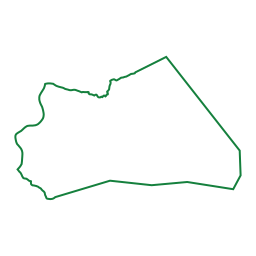 the district of Las Lajas, Comayagua, Honduras
{"feature_id": "27666195B78800320029736", "entity_name": "Las Lajas", "entity_type": "district", "adm_level": 2, "iso_a3": "HND", "parent_name": "Honduras", "parent_adm1": "Comayagua", "projection": "robinson", "projection_center": [-87.665, 14.899], "detail": "fine", "context": "isolated", "style": "outline", "palette": "green", "viewbox_px": 256, "rotation_deg": 0, "n_neighbors": 0, "source": "geoboundaries", "source_scale": "gbopen_adm2", "svg_char_len": 5123}
<svg xmlns="http://www.w3.org/2000/svg" viewBox="0 0 256 256"><path d="M45.2,83.9L45.0,84.6L44.8,85.7L44.5,86.7L44.3,87.2L44.2,87.6L43.9,88.3L43.5,89.0L43.0,89.8L41.7,91.9L41.1,92.8L40.7,93.5L40.2,94.5L39.9,95.0L39.7,95.5L39.5,96.0L39.4,96.7L39.3,97.2L39.3,97.5L39.3,98.0L39.3,98.3L39.3,98.9L39.3,99.6L39.4,100.0L39.5,100.6L39.6,101.0L39.7,101.4L40.1,102.6L40.4,103.5L40.6,103.8L40.8,104.4L41.0,104.8L41.4,105.4L41.6,105.9L41.9,106.5L42.1,106.9L42.3,107.5L42.5,108.2L42.9,109.6L43.2,110.9L43.4,112.1L43.5,112.5L43.6,113.3L43.7,114.1L43.7,114.6L43.7,114.9L43.6,115.5L43.6,116.0L43.5,116.4L43.4,117.1L43.1,117.9L43.0,118.3L42.8,118.6L42.7,118.8L42.2,119.6L41.5,120.5L41.0,121.2L40.2,122.1L39.4,122.9L38.6,123.6L38.3,123.9L37.7,124.3L37.1,124.6L36.7,124.8L36.4,124.9L35.6,125.2L35.1,125.3L34.2,125.4L33.4,125.5L32.7,125.6L32.0,125.6L30.9,125.6L30.0,125.6L29.1,125.7L28.2,125.8L27.6,125.9L27.2,126.0L26.5,126.4L26.0,126.7L25.5,127.0L25.1,127.3L24.3,128.0L23.6,128.6L22.7,129.5L21.8,130.3L21.6,130.5L21.3,130.8L21.0,131.0L20.6,131.2L19.3,132.0L18.4,132.5L17.1,133.4L16.7,133.7L16.4,133.9L16.2,134.2L16.0,134.5L15.8,134.8L15.6,135.2L15.5,135.6L15.4,136.1L15.4,136.5L15.4,137.0L15.4,137.7L15.5,138.3L15.7,139.5L15.8,140.1L16.0,140.9L16.2,141.8L16.5,142.6L16.8,143.3L16.8,143.5L17.0,143.8L17.5,144.5L18.4,145.4L19.0,146.2L20.3,147.7L20.7,148.3L21.0,148.7L21.3,149.2L21.5,149.7L21.7,150.1L22.0,150.8L22.1,151.3L22.2,151.8L22.3,152.3L22.4,152.8L22.4,153.3L22.4,154.3L22.4,154.9L22.3,155.9L22.3,156.6L22.1,159.2L22.0,160.9L21.8,162.6L21.6,164.1L21.5,164.3L21.3,164.5L21.0,165.1L20.8,165.5L20.3,166.2L19.9,166.8L19.4,167.4L18.4,168.5L17.6,169.4L18.7,170.8L19.2,171.5L19.6,171.9L20.3,172.5L20.7,173.1L21.0,173.6L21.8,175.2L22.1,175.9L22.2,176.2L22.2,176.3L22.6,176.9L22.9,177.3L23.3,178.0L23.9,178.3L25.3,178.6L25.9,178.6L26.6,178.8L26.8,179.0L27.7,179.6L28.3,180.1L29.0,180.7L30.0,181.1L30.8,181.1L31.0,181.5L30.9,182.4L30.9,182.7L31.0,183.3L31.2,184.3L31.5,184.6L31.7,184.8L32.5,185.3L33.0,185.4L33.6,185.4L34.5,185.6L35.7,185.9L36.3,186.0L36.9,186.3L37.6,186.5L38.3,186.9L38.9,187.4L39.4,187.7L40.2,188.1L40.7,188.4L41.2,188.9L41.5,189.5L41.9,189.8L42.4,190.4L43.0,190.9L43.6,191.3L44.0,191.8L44.3,192.1L44.7,192.8L44.8,193.5L45.0,194.3L45.1,194.9L45.7,196.2L46.0,196.7L46.1,197.1L46.2,197.6L46.5,198.1L47.0,198.6L47.8,198.8L48.7,198.9L49.4,199.0L50.2,199.1L51.2,199.0L52.1,198.9L52.7,198.7L53.3,198.5L54.0,198.1L55.3,197.1L110.0,180.7L151.7,185.2L187.2,182.0L233.2,189.2L240.6,175.4L239.7,150.6L166.2,56.9L135.4,72.3L135.2,72.6L134.9,73.0L134.6,73.2L134.6,73.3L133.7,73.6L133.4,73.6L132.3,73.8L131.5,73.9L131.2,73.9L131.1,74.0L130.8,74.1L130.4,74.3L129.9,74.6L129.4,74.9L129.2,75.1L128.9,75.2L128.5,75.4L128.3,75.5L127.4,76.0L126.8,76.3L126.6,76.4L126.2,76.6L125.1,76.8L124.7,76.9L124.1,77.1L123.3,77.4L123.0,77.5L122.7,77.5L122.1,77.5L121.8,77.6L121.4,77.7L120.9,77.8L120.7,78.0L120.4,78.1L119.6,78.8L118.8,79.2L117.6,79.9L117.1,80.2L116.6,80.4L116.4,80.4L116.2,80.4L115.1,79.8L114.3,79.4L114.1,79.3L113.9,79.3L113.7,79.3L111.7,79.9L111.6,80.0L111.2,80.2L110.8,80.5L110.4,80.7L110.3,80.8L110.2,80.9L110.2,81.0L110.2,81.3L110.4,81.5L110.5,81.8L110.5,82.0L110.6,82.3L110.6,82.5L110.5,83.8L110.4,84.0L110.3,84.3L110.2,84.5L110.0,84.8L109.9,85.2L109.7,85.6L109.6,86.1L109.5,86.4L109.4,86.9L109.3,87.9L109.2,88.4L109.2,88.8L109.1,89.3L108.9,89.6L108.8,89.8L108.3,90.5L107.9,90.9L107.7,91.2L107.3,91.4L107.2,91.5L107.2,91.8L107.3,92.2L107.3,92.5L107.4,92.9L107.5,93.1L107.7,93.4L107.8,93.4L107.8,93.5L107.8,93.9L107.8,94.1L107.7,94.2L107.7,94.4L107.6,94.5L107.4,94.5L107.2,94.5L106.7,94.7L106.5,94.9L106.3,95.2L106.2,95.3L106.1,95.5L106.0,95.8L105.9,96.0L105.7,96.2L105.5,96.3L105.4,96.4L105.2,96.3L105.0,96.1L104.9,96.0L104.5,95.7L104.4,95.6L104.2,95.6L103.9,95.6L103.6,95.7L103.4,95.9L103.2,96.1L102.8,96.5L102.7,96.6L102.6,96.9L102.5,97.0L102.4,97.1L102.2,97.1L101.9,96.8L101.7,96.7L101.4,96.7L101.1,96.8L100.9,96.9L100.7,97.1L100.4,97.3L100.2,97.3L99.9,97.4L99.6,97.4L99.3,97.4L99.0,97.4L98.7,97.3L98.4,97.2L98.2,97.0L97.9,96.8L97.7,96.5L97.5,96.3L97.4,96.1L97.1,95.5L96.9,95.2L96.7,95.0L96.6,94.9L96.3,94.7L96.2,94.7L95.8,94.7L95.5,94.8L95.2,94.9L95.0,95.0L94.8,95.1L94.7,95.2L94.6,95.3L94.4,95.4L94.3,95.5L94.2,95.5L94.0,95.4L93.6,95.2L93.1,95.0L92.5,94.7L92.2,94.6L91.1,94.3L90.8,94.3L90.4,94.3L90.0,94.3L89.8,94.2L89.5,94.2L89.4,94.1L89.1,93.9L88.8,93.6L88.7,93.3L88.6,93.2L88.7,92.8L88.7,92.7L88.7,92.4L88.6,92.2L88.4,92.1L88.2,92.0L87.9,92.0L87.7,92.0L87.0,92.1L85.6,92.1L84.4,92.1L83.3,92.0L82.7,92.0L82.4,92.1L81.9,92.2L81.8,92.3L81.7,92.3L81.6,92.2L81.2,92.1L78.8,91.1L77.5,90.7L76.3,90.2L75.9,90.1L75.3,89.9L74.9,89.8L74.6,89.8L74.3,89.8L73.5,89.8L73.1,89.9L72.3,90.0L72.0,90.1L71.8,90.1L71.2,90.2L70.4,90.2L70.0,90.2L69.6,90.1L69.1,90.0L68.8,89.9L67.9,89.6L67.5,89.5L67.0,89.4L65.9,89.1L65.3,89.0L65.0,88.8L64.7,88.7L64.4,88.5L64.0,88.3L63.7,88.1L63.3,87.9L62.9,87.8L62.3,87.6L61.0,87.3L59.9,87.0L58.7,86.7L57.6,86.3L57.2,86.2L56.5,85.9L55.9,85.6L55.1,85.1L53.6,84.1L53.3,83.9L53.2,83.8L51.7,83.6L50.1,83.4L49.6,83.4L48.9,83.4L48.0,83.4L47.3,83.5L46.6,83.6L45.2,83.9Z" fill="none" stroke="#15803d" stroke-width="2"/></svg>